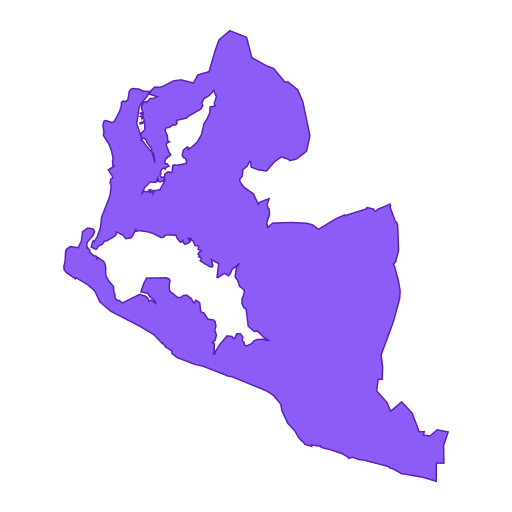 the district of Greater Monrovia, Montserrado, Liberia
{"feature_id": "62588387B62702599090886", "entity_name": "Greater Monrovia", "entity_type": "district", "adm_level": 2, "iso_a3": "LBR", "parent_name": "Liberia", "parent_adm1": "Montserrado", "projection": "robinson", "projection_center": [-10.758, 6.319], "detail": "fine", "context": "isolated", "style": "filled", "palette": "violet", "viewbox_px": 512, "rotation_deg": 0, "n_neighbors": 0, "source": "geoboundaries", "source_scale": "gbopen_adm2", "svg_char_len": 6055}
<svg xmlns="http://www.w3.org/2000/svg" viewBox="0 0 512 512"><path d="M251.8,57.7L246.6,37.4L229.8,30.7L218.9,40.0L214.6,52.4L209.1,71.6L197.8,74.9L193.5,83.0L181.4,79.9L173.7,80.8L162.8,86.4L160.0,87.3L154.7,87.1L150.8,90.8L149.3,94.1L157.5,96.7L153.2,98.5L150.3,98.4L146.6,102.5L146.3,101.7L143.7,102.2L141.9,105.5L141.4,108.2L143.0,112.5L140.2,113.2L141.0,114.1L143.3,114.1L142.9,115.6L140.3,116.4L141.7,117.1L142.0,118.7L143.0,116.9L144.5,120.6L143.2,121.9L139.9,122.9L140.1,123.9L144.6,122.7L144.9,129.6L141.7,132.6L140.7,134.9L142.1,139.1L143.9,138.0L146.0,140.0L147.2,143.0L151.7,148.7L151.3,150.9L153.8,154.1L154.9,163.1L152.2,152.4L146.0,145.7L143.1,141.1L141.3,140.5L141.0,139.7L141.8,139.0L136.8,123.7L139.0,107.7L140.9,104.0L147.5,95.7L149.4,91.4L143.4,91.2L138.7,89.0L132.8,88.5L130.7,89.4L129.3,91.3L127.9,99.8L125.0,101.7L122.9,101.0L121.4,102.6L121.4,105.5L119.7,111.2L114.3,121.4L112.1,122.6L106.5,120.7L104.6,120.6L103.9,121.5L102.9,124.8L103.9,131.6L103.4,135.4L109.3,144.8L111.6,151.3L113.1,158.5L112.5,160.4L112.9,166.1L114.6,166.0L108.3,169.7L112.7,176.9L112.7,178.2L110.8,179.0L110.1,182.6L111.2,185.6L110.0,195.7L101.6,217.2L100.5,227.5L97.3,236.6L95.0,240.5L93.7,240.9L94.0,241.6L92.9,241.4L91.1,246.9L95.3,249.2L96.8,249.0L98.2,246.1L102.2,244.3L104.3,241.3L107.1,240.7L114.8,236.1L116.1,234.3L116.2,231.8L122.9,235.1L125.8,238.7L130.8,237.9L133.0,235.4L136.0,228.4L135.5,231.4L139.5,230.7L147.2,231.7L153.0,233.4L161.0,237.6L163.4,237.2L166.1,234.8L176.0,235.3L177.0,238.1L180.3,242.2L181.6,242.1L182.9,240.3L183.8,243.2L184.9,244.3L187.4,243.6L190.0,241.7L190.1,241.0L188.9,239.6L188.6,238.7L190.2,240.1L190.1,238.5L191.1,238.4L191.7,240.2L193.1,240.9L195.0,245.5L198.6,245.9L198.1,249.4L201.3,250.7L198.6,252.8L198.1,254.4L199.6,255.9L198.8,256.9L200.2,257.1L201.4,258.4L200.1,260.8L209.8,266.7L212.3,266.9L212.9,265.7L211.4,259.7L218.7,263.7L217.0,277.3L218.0,277.6L223.6,273.8L225.1,273.6L228.4,275.8L230.4,273.5L232.2,269.0L235.6,267.0L239.6,263.1L236.5,267.7L235.1,276.3L235.7,278.1L237.4,279.7L239.7,286.3L244.4,290.3L243.8,294.7L242.0,298.9L241.9,303.6L243.9,307.7L246.1,309.0L248.2,326.2L254.3,331.5L257.6,331.1L263.4,337.0L269.5,340.8L268.4,340.1L266.2,340.7L264.1,339.2L257.3,339.5L253.9,340.9L251.7,343.6L246.7,345.9L244.4,345.0L244.3,342.7L242.2,340.5L242.9,337.1L240.5,333.8L236.8,333.8L234.3,339.0L231.9,336.5L227.1,335.8L220.0,344.2L215.4,351.6L215.1,354.0L213.6,353.3L213.0,354.7L214.2,350.9L214.4,343.8L212.3,342.6L215.1,340.4L216.4,335.1L214.8,329.9L215.9,326.4L215.2,321.6L213.5,319.9L208.0,319.1L203.8,312.9L200.9,311.9L199.6,302.6L196.0,300.2L194.0,303.1L191.1,298.4L186.6,295.1L183.3,295.5L180.9,297.4L177.7,297.5L169.7,291.1L169.1,286.2L170.0,280.6L169.1,279.0L166.3,277.8L146.5,278.1L143.7,283.7L140.9,291.9L147.9,293.3L150.0,296.9L152.8,298.8L155.9,302.7L155.7,303.5L151.2,300.0L148.8,301.4L148.4,299.3L145.8,296.4L139.8,294.3L122.5,302.9L118.9,300.3L116.7,300.2L115.0,297.5L114.8,293.8L113.9,292.5L113.5,286.5L108.8,281.0L105.8,275.5L105.6,266.2L104.5,262.8L103.4,261.2L96.5,256.6L96.9,260.1L96.4,256.5L93.3,255.4L90.9,253.3L89.8,252.1L89.6,249.7L87.3,248.2L87.9,248.1L86.6,245.5L87.3,242.1L93.0,235.4L94.6,231.8L93.4,229.2L92.0,228.7L87.6,228.1L82.6,231.7L81.3,241.4L78.1,247.7L70.4,246.5L66.3,249.4L65.6,251.5L65.1,261.0L63.8,266.6L64.2,269.9L66.7,272.9L75.5,278.8L76.0,277.8L76.9,278.2L87.4,284.5L93.6,289.8L95.3,292.0L99.7,301.7L110.7,311.2L139.7,326.2L154.1,334.8L162.4,343.7L163.0,343.1L165.5,346.9L172.0,351.1L171.9,353.5L177.2,357.6L194.4,364.2L202.7,366.1L228.2,376.1L232.8,377.0L266.2,390.8L270.3,393.2L273.7,395.7L280.8,404.2L281.9,410.7L287.7,423.2L294.9,430.9L298.4,437.3L301.9,441.2L303.4,442.0L304.7,444.3L311.7,446.4L311.7,444.8L317.1,445.9L320.5,445.7L320.3,446.7L324.4,448.4L328.8,449.2L341.9,453.6L347.7,456.8L348.6,458.3L352.6,457.2L358.9,459.6L363.5,460.0L388.6,466.6L389.9,468.0L393.5,469.0L401.1,473.5L422.5,477.2L436.3,481.3L436.3,463.1L443.9,463.1L443.6,445.5L448.2,432.0L437.3,429.8L430.0,436.0L423.5,435.1L424.2,431.6L419.2,431.9L412.2,413.2L401.7,401.9L390.6,411.2L387.0,402.6L376.6,390.8L378.2,379.3L382.3,379.3L382.6,366.7L381.1,355.0L393.4,321.6L399.5,299.3L400.0,294.3L400.1,290.7L398.4,280.7L394.3,265.5L393.3,264.1L395.6,262.0L398.6,250.3L397.6,225.1L396.6,222.4L395.4,221.7L389.9,206.5L390.7,205.8L390.1,204.1L377.3,209.5L376.7,210.8L374.9,211.3L373.7,209.1L367.0,207.5L366.3,208.9L345.0,215.7L344.7,214.9L336.2,218.6L318.5,229.3L312.5,224.8L307.0,223.3L291.5,222.5L291.4,221.8L291.4,222.5L272.9,223.1L267.0,228.0L267.5,227.4L266.8,222.5L269.5,214.6L269.0,208.7L268.2,208.2L267.0,204.7L269.1,198.7L259.3,202.3L258.3,204.4L253.5,193.9L243.8,187.1L240.2,182.1L239.6,179.2L242.1,176.6L243.0,169.5L247.1,166.3L248.9,162.6L250.5,161.2L251.2,167.2L258.7,169.9L266.5,171.0L274.2,162.1L281.2,156.9L288.9,159.4L289.5,160.6L296.4,159.1L306.6,151.1L309.9,135.7L302.8,101.7L297.8,89.9L287.9,81.9L284.8,82.0L273.6,68.5L266.5,65.8L251.8,57.7ZM177.9,165.2L173.5,164.9L172.7,165.8L172.3,171.0L171.5,172.6L168.1,171.8L164.7,174.2L164.6,181.2L159.8,189.8L154.4,190.6L153.1,193.6L152.8,190.6L150.5,192.7L149.8,192.1L150.9,189.7L149.2,189.8L147.4,191.9L143.4,191.2L141.4,194.3L144.7,187.5L150.1,182.0L155.6,182.3L157.2,181.5L156.7,180.1L157.7,178.0L158.6,181.3L160.1,181.9L163.4,180.9L164.1,179.2L163.7,177.1L161.3,177.2L160.0,175.4L161.0,173.7L160.3,172.0L162.4,168.5L163.3,168.1L165.3,169.2L165.8,167.6L169.1,166.2L166.9,163.6L165.1,163.6L164.7,162.4L165.9,158.5L167.0,158.2L167.5,156.5L169.0,156.7L170.8,154.6L169.1,152.5L166.2,144.9L166.4,143.5L169.4,141.8L167.8,141.1L167.3,135.3L165.5,131.8L165.2,129.3L166.2,127.9L169.5,127.3L172.6,125.1L175.7,125.0L177.3,122.7L176.4,121.2L176.8,120.3L186.5,118.1L188.1,116.4L200.8,109.1L202.8,105.8L201.9,102.9L203.9,98.7L209.2,95.5L213.8,90.5L216.4,96.8L214.2,103.5L214.9,106.1L210.1,106.9L209.9,112.5L207.3,118.5L204.0,123.6L201.6,134.4L197.3,142.0L191.9,147.0L187.7,150.1L188.9,148.2L187.4,146.9L183.4,150.0L182.1,155.5L183.5,157.6L185.0,157.9L186.5,160.6L186.2,163.4L177.9,165.2Z" fill="#8b5cf6" stroke="#5b21b6" stroke-width="1.5"/></svg>